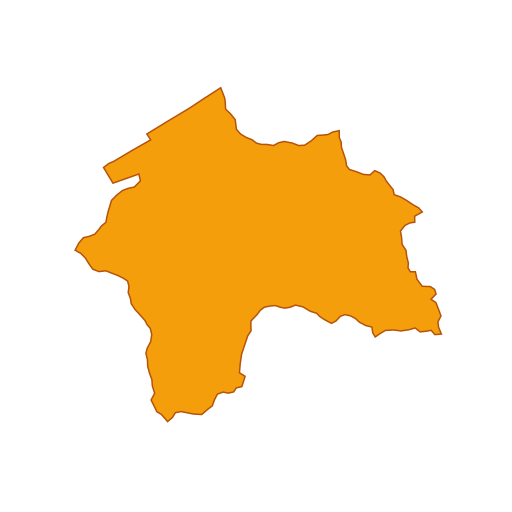 Urussanga, Santa Catarina, Brazil (Mercator projection), rotated 59°
{"feature_id": "56859067B50326719422970", "entity_name": "Urussanga", "entity_type": "district", "adm_level": 2, "iso_a3": "BRA", "parent_name": "Brazil", "parent_adm1": "Santa Catarina", "projection": "mercator", "projection_center": [-49.316, -28.492], "detail": "fine", "context": "isolated", "style": "filled", "palette": "amber", "viewbox_px": 512, "rotation_deg": 59, "n_neighbors": 0, "source": "geoboundaries", "source_scale": "gbopen_adm2", "svg_char_len": 2509}
<svg xmlns="http://www.w3.org/2000/svg" viewBox="0 0 512 512"><g transform="rotate(59 256 256)"><path d="M352.4,417.1L351.4,410.8L348.8,405.9L350.7,400.4L359.0,391.3L363.9,384.2L362.6,376.5L361.9,370.6L357.8,365.6L354.5,360.2L355.7,354.3L359.3,350.3L361.0,345.2L358.9,340.8L360.7,335.4L353.5,327.3L347.6,330.3L340.7,325.4L332.8,319.0L320.1,304.1L317.5,298.7L312.9,296.2L309.1,293.8L306.8,285.3L304.7,280.2L304.2,275.2L306.2,269.5L308.5,264.9L312.3,261.7L315.5,258.2L317.5,253.2L318.4,247.5L323.7,242.0L331.4,237.9L336.3,233.5L340.7,232.5L345.4,230.3L352.6,226.0L352.9,220.8L351.1,214.9L352.1,209.9L356.0,205.8L361.0,202.9L365.9,201.5L372.2,197.7L376.6,193.3L382.1,195.5L386.8,195.5L386.4,190.1L386.4,183.5L390.2,176.2L394.9,170.3L398.0,162.8L399.7,156.6L405.6,154.4L408.1,148.9L410.0,144.1L415.5,143.2L418.4,137.3L411.2,136.2L406.2,134.0L402.6,128.3L395.7,127.0L388.5,125.8L383.2,128.3L381.3,121.2L376.6,120.1L372.0,122.3L367.6,129.1L358.8,130.0L351.6,127.5L349.0,131.8L344.4,131.8L340.7,129.1L333.9,127.0L328.4,124.5L321.3,124.8L315.2,121.7L309.1,119.4L306.5,112.6L306.9,107.1L308.8,102.5L303.6,99.5L303.9,90.8L298.5,91.8L293.2,94.9L286.1,98.2L279.8,101.7L274.6,106.0L269.7,104.3L263.1,105.2L258.4,105.7L254.0,105.5L248.8,106.9L244.0,110.2L245.2,116.6L241.3,122.0L235.6,126.4L229.9,131.4L225.4,131.9L219.9,129.7L213.1,128.1L207.2,126.9L202.1,124.3L197.6,123.7L191.4,120.1L189.2,126.5L189.0,131.6L186.8,136.4L184.2,141.4L185.7,149.3L186.1,157.2L183.3,162.5L177.9,166.7L172.3,172.9L170.6,178.3L170.3,184.1L166.0,189.2L163.1,193.9L159.6,197.4L154.3,199.5L149.2,203.4L143.5,206.4L137.3,207.5L128.4,203.6L120.5,204.7L114.4,206.4L108.6,203.3L104.5,201.5L98.8,200.5L93.6,199.6L94.2,219.4L95.0,236.3L95.0,242.0L95.0,254.0L95.0,264.1L95.2,286.7L102.2,286.5L101.7,307.4L101.6,329.1L100.9,334.3L101.6,341.1L119.9,341.1L125.4,314.2L132.1,316.4L134.2,324.8L132.1,331.0L131.1,336.8L132.1,344.2L133.9,351.2L137.8,355.5L141.9,360.0L145.7,363.7L149.8,367.3L150.7,373.0L152.6,377.8L154.3,383.1L153.1,389.4L151.4,394.5L153.6,401.1L157.9,408.1L163.4,404.9L169.8,403.3L177.2,403.2L183.3,402.7L188.5,398.6L191.4,392.3L195.9,388.9L201.6,384.4L206.7,381.2L211.2,379.0L216.4,380.4L221.6,384.4L228.0,385.6L232.6,387.5L239.7,387.2L246.4,385.8L254.1,384.4L258.8,384.7L263.6,383.9L269.6,385.8L275.2,390.4L279.0,396.7L282.7,400.5L288.8,402.4L294.9,405.7L301.4,407.6L308.3,408.9L313.8,411.7L321.5,413.6L325.4,420.1L333.0,420.7L338.5,421.2L342.8,418.8L347.4,417.9L352.4,417.1Z" fill="#f59e0b" stroke="#b45309" stroke-width="1.5"/></g></svg>